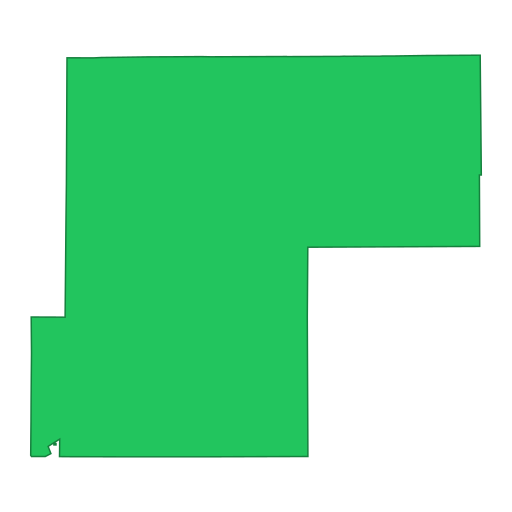 outline of Weld, Colorado, United States of America
{"feature_id": "52423323B62932676099867", "entity_name": "Weld", "entity_type": "district", "adm_level": 2, "iso_a3": "USA", "parent_name": "United States of America", "parent_adm1": "Colorado", "projection": "albers", "projection_center": [-104.512, 40.501], "detail": "fine", "context": "isolated", "style": "filled", "palette": "green", "viewbox_px": 512, "rotation_deg": 0, "n_neighbors": 0, "source": "geoboundaries", "source_scale": "gbopen_adm2", "svg_char_len": 866}
<svg xmlns="http://www.w3.org/2000/svg" viewBox="0 0 512 512"><path d="M479.7,246.4L479.4,175.0L481.3,175.0L480.2,55.2L479.9,55.2L426.9,55.5L394.3,56.0L388.4,56.0L382.9,56.0L379.9,56.2L365.6,56.2L360.2,56.3L359.8,56.2L346.1,56.3L344.5,56.2L339.8,56.4L335.5,56.4L331.4,56.4L325.6,56.4L320.0,56.5L314.3,56.5L287.8,56.6L287.0,56.6L286.8,56.5L210.5,56.8L201.6,56.6L170.7,56.8L147.7,56.9L118.4,57.3L101.4,57.5L93.6,57.9L67.0,57.8L66.4,184.1L66.0,218.8L65.1,317.2L54.2,317.1L53.5,317.1L47.7,317.1L31.2,317.0L31.5,351.9L31.5,354.2L31.3,375.2L31.1,401.3L31.0,421.6L30.7,455.3L31.5,456.5L45.3,456.5L50.9,453.6L48.1,446.4L59.7,439.1L59.6,450.7L59.5,456.6L71.5,456.7L82.6,456.7L123.1,456.8L204.0,456.8L307.9,456.5L307.3,316.9L307.8,247.2L479.7,246.4ZM53.9,444.9L56.0,444.9L56.0,443.5L54.5,443.3L53.9,443.5L53.9,444.9Z" fill="#22c55e" stroke="#15803d" stroke-width="1.5"/></svg>